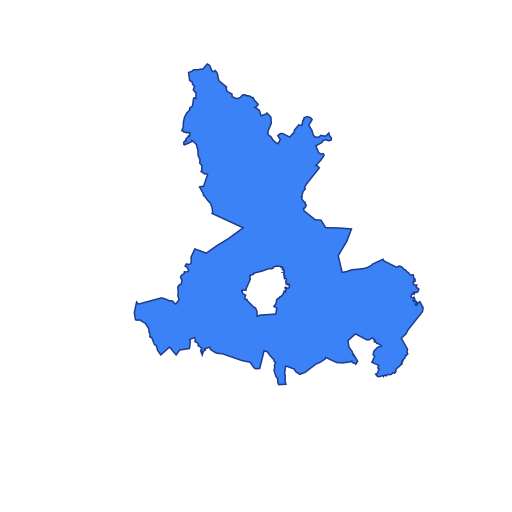 outline of Priekules pag., Priekules, Latvia, rotated 317°
{"feature_id": "27541924B37893488453851", "entity_name": "Priekules pag.", "entity_type": "district", "adm_level": 2, "iso_a3": "LVA", "parent_name": "Latvia", "parent_adm1": "Priekules", "projection": "mercator", "projection_center": [21.629, 56.464], "detail": "fine", "context": "isolated", "style": "filled", "palette": "blue", "viewbox_px": 512, "rotation_deg": 317, "n_neighbors": 0, "source": "geoboundaries", "source_scale": "gbopen_adm2", "svg_char_len": 6149}
<svg xmlns="http://www.w3.org/2000/svg" viewBox="0 0 512 512"><g transform="rotate(317 256 256)"><path d="M358.1,376.8L355.8,375.2L356.1,371.9L355.7,371.0L355.8,368.1L355.2,366.9L355.1,363.3L354.2,361.4L353.3,360.6L352.6,360.9L351.1,359.9L347.0,349.1L346.1,346.1L346.7,345.0L335.6,341.4L334.5,341.7L329.0,340.2L325.4,338.1L316.4,331.2L311.6,329.2L307.8,326.7L316.4,311.8L332.6,307.1L344.3,301.3L335.5,291.8L326.3,282.9L328.0,274.2L324.0,269.8L321.9,255.6L323.4,253.7L324.8,254.2L327.4,253.2L327.7,250.8L328.5,250.4L328.1,248.8L328.3,246.1L329.1,244.5L329.9,244.4L329.7,243.7L334.6,240.9L337.7,240.6L338.4,238.9L341.3,237.9L362.4,234.7L362.5,232.5L361.6,230.6L368.6,230.2L374.5,228.8L375.0,227.0L373.2,225.9L372.2,223.3L374.9,216.3L381.5,217.9L384.3,217.4L386.4,218.7L387.7,221.3L389.9,222.5L391.6,221.1L391.8,218.2L393.1,215.7L388.7,215.9L385.5,211.9L383.2,212.1L380.2,209.2L380.6,206.0L382.5,202.5L383.8,196.4L390.1,194.5L390.1,191.7L388.5,189.0L385.4,187.6L384.0,188.9L382.9,188.7L378.7,191.7L377.0,190.0L376.8,189.3L370.1,190.1L368.1,191.5L361.7,192.0L359.1,184.7L357.3,183.0L354.0,182.8L353.1,187.5L348.5,188.8L347.8,186.2L347.5,183.1L348.3,178.5L347.6,177.0L347.8,175.2L349.0,173.9L348.9,173.4L357.5,169.5L361.2,165.2L361.7,163.8L361.5,158.9L360.3,159.1L355.4,156.9L357.8,151.7L356.7,146.6L358.9,147.1L361.1,146.5L361.1,140.8L361.9,138.2L361.3,137.9L360.4,134.6L358.0,131.7L358.2,130.9L356.1,129.1L352.6,129.4L349.3,127.9L347.2,123.3L348.9,121.1L347.1,116.0L349.1,112.1L349.7,112.2L348.4,102.4L352.0,96.5L352.6,94.3L352.6,92.4L350.8,92.5L350.0,90.5L352.1,85.0L351.3,82.3L344.3,83.1L343.0,81.5L340.8,80.4L337.4,77.2L335.4,77.3L331.8,75.8L327.2,82.4L328.0,85.2L326.7,87.1L326.6,90.1L323.5,91.6L323.1,94.3L323.6,95.5L319.5,99.8L318.8,98.2L318.0,98.0L311.8,103.0L308.7,102.5L307.8,103.1L307.6,103.9L302.7,104.2L298.1,105.9L293.8,108.9L290.8,112.1L287.4,113.6L287.3,114.5L288.2,115.3L287.8,116.3L289.2,117.9L289.2,118.6L291.6,120.2L291.7,120.9L290.9,121.1L289.8,122.9L288.2,122.0L287.9,122.2L288.1,122.8L285.3,122.4L284.0,123.0L283.5,124.2L282.5,123.4L280.8,123.5L279.3,125.2L279.4,125.9L283.9,127.6L287.6,128.6L287.9,128.1L288.4,130.5L288.4,133.9L285.7,138.9L281.9,143.4L281.6,145.4L280.9,146.5L281.1,147.0L278.2,149.7L278.0,153.1L274.4,156.7L273.5,156.7L274.5,161.3L276.0,162.0L276.3,163.3L265.0,169.4L263.9,168.1L261.8,167.0L260.0,174.5L258.9,175.7L259.2,178.4L258.6,182.4L258.6,186.6L257.0,190.5L253.9,194.7L252.9,194.9L265.8,226.6L247.4,224.4L233.5,221.6L221.6,220.0L216.1,209.1L207.8,212.5L204.2,216.6L202.3,217.0L200.5,216.0L199.8,214.3L197.6,214.8L197.2,215.3L197.9,217.3L196.8,220.7L196.3,220.9L194.8,220.7L192.8,218.7L191.1,220.0L189.0,219.3L186.8,219.7L186.0,220.5L185.5,223.2L181.8,225.6L180.4,224.7L177.6,225.4L173.9,230.0L171.9,231.6L169.9,235.4L166.0,236.2L164.6,236.4L164.0,234.3L164.4,233.7L164.1,231.6L162.3,229.9L159.6,224.1L158.2,222.1L137.6,211.2L137.2,210.7L137.3,208.2L128.3,214.5L124.4,220.4L125.5,222.2L127.2,223.1L129.2,229.9L128.0,236.0L125.8,238.8L125.1,241.3L123.4,242.4L123.3,243.4L124.1,244.4L121.3,251.7L122.1,253.3L119.7,257.9L118.9,263.4L130.5,263.6L130.7,263.8L130.1,273.9L136.0,272.7L144.3,278.3L149.8,273.6L150.5,271.8L155.3,273.7L155.0,275.4L153.0,276.9L154.0,279.9L153.7,281.3L152.4,282.1L152.9,282.9L153.5,286.4L150.9,287.5L149.2,291.7L151.8,290.2L152.0,289.5L154.8,290.3L155.1,288.8L160.1,291.2L158.9,293.2L160.4,299.0L161.6,301.1L164.8,304.6L174.3,322.7L179.2,329.6L178.4,336.1L178.6,337.9L179.2,338.6L182.0,340.8L197.3,330.8L199.0,334.0L198.4,337.4L198.3,344.3L197.4,345.2L197.9,347.1L194.6,348.8L193.5,350.5L191.2,351.9L188.5,357.5L188.0,360.8L185.7,363.3L184.8,365.5L190.4,370.2L192.0,367.3L196.4,362.8L196.5,361.7L202.3,356.9L203.0,357.1L206.9,364.8L206.3,366.5L206.3,368.4L207.3,372.5L212.7,374.6L226.2,375.9L230.5,377.5L236.7,378.5L237.8,377.7L242.4,389.0L246.6,393.4L252.6,397.6L254.4,398.2L253.8,399.6L254.7,401.3L255.2,401.3L255.1,403.2L258.6,402.3L260.2,394.7L259.6,394.9L261.2,391.3L261.8,386.3L265.4,380.6L275.6,380.8L279.9,392.9L281.6,394.5L285.4,395.2L285.1,397.3L285.7,398.7L284.5,398.9L284.0,399.6L284.9,400.5L284.7,402.4L285.6,403.5L286.3,406.2L286.2,407.5L282.8,405.7L277.3,406.0L274.3,408.1L274.5,410.3L268.3,412.7L271.2,419.8L268.7,420.9L269.1,422.2L265.0,424.6L262.9,424.0L262.7,426.7L263.6,428.2L267.2,429.9L267.0,431.1L268.8,430.7L269.7,432.6L270.9,432.2L273.8,434.7L276.7,434.9L277.3,436.2L279.7,435.9L280.2,434.7L281.4,434.3L288.4,434.5L288.9,433.9L289.2,434.4L289.7,434.1L289.7,433.4L291.7,433.0L291.4,432.3L291.9,432.1L295.2,432.2L297.5,430.7L297.8,431.2L300.2,431.1L301.0,429.1L303.2,427.6L306.2,415.2L312.8,415.2L316.8,413.7L339.9,410.2L343.0,407.7L344.7,401.1L341.5,400.8L339.9,401.8L339.1,400.7L339.6,399.9L341.5,400.1L342.2,399.1L342.0,397.1L341.3,397.8L340.6,397.6L340.4,395.7L342.4,396.0L343.0,395.5L343.4,393.8L342.1,393.8L341.5,392.7L341.5,391.5L344.5,390.1L345.2,391.1L345.7,390.3L346.4,390.5L346.3,391.2L347.2,390.3L347.6,391.4L349.5,392.6L352.1,391.6L352.7,390.7L351.9,389.1L351.9,387.8L353.8,387.0L351.8,385.0L352.4,383.8L352.3,382.6L353.1,382.2L355.3,383.0L355.6,382.3L355.0,381.4L355.2,381.1L356.6,381.3L356.5,379.1L358.1,377.4L358.1,376.8ZM230.8,311.9L218.5,301.9L215.7,300.9L218.9,297.2L220.2,293.6L219.4,291.1L219.2,282.4L219.8,281.6L218.4,280.1L219.1,279.0L221.7,277.6L220.6,274.5L222.2,271.4L225.6,274.2L226.0,273.4L236.2,269.0L236.3,268.0L237.9,266.9L238.2,266.0L241.7,267.7L242.7,267.0L250.0,271.1L257.2,274.2L258.7,276.1L260.5,276.5L261.1,276.0L263.2,276.8L265.8,279.0L266.9,280.7L266.6,281.5L267.8,281.8L267.4,283.1L266.3,283.7L267.2,284.3L266.2,285.1L266.7,286.0L265.5,287.1L264.6,286.5L265.1,287.7L263.4,288.7L263.6,289.3L263.3,289.7L263.6,290.2L262.1,290.6L262.2,291.7L261.5,292.1L262.7,293.0L262.1,294.3L260.3,294.8L260.2,295.9L259.0,296.7L259.6,297.4L259.3,297.8L259.8,298.0L259.7,298.9L260.6,298.7L260.9,299.9L258.7,301.7L257.1,301.5L257.0,300.5L256.2,299.5L256.4,299.1L255.7,298.9L255.3,299.4L255.7,300.5L253.4,302.0L253.5,301.3L252.8,300.9L252.4,301.9L251.5,301.4L249.5,302.5L247.0,302.7L245.7,302.1L244.3,302.8L243.4,302.0L241.5,302.0L237.8,304.6L234.7,305.0L235.6,308.4L230.8,311.9Z" fill="#3b82f6" stroke="#1e3a8a" stroke-width="1.5"/></g></svg>